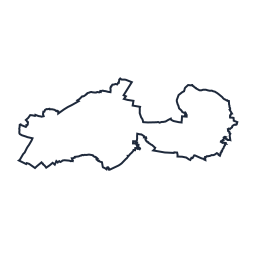 Salatig, Salaj, Romania (Natural Earth projection), rotated 6°
{"feature_id": "2599482B1311445959804", "entity_name": "Salatig", "entity_type": "district", "adm_level": 2, "iso_a3": "ROU", "parent_name": "Romania", "parent_adm1": "Salaj", "projection": "natural_earth1", "projection_center": [23.157, 47.358], "detail": "fine", "context": "isolated", "style": "outline", "palette": "slate", "viewbox_px": 256, "rotation_deg": 6, "n_neighbors": 0, "source": "geoboundaries", "source_scale": "gbopen_adm2", "svg_char_len": 5865}
<svg xmlns="http://www.w3.org/2000/svg" viewBox="0 0 256 256"><g transform="rotate(6 128 128)"><path d="M33.4,174.0L39.7,177.5L41.4,175.5L45.6,171.2L46.7,172.4L47.0,172.4L47.0,172.7L47.4,173.1L48.8,173.9L50.2,175.3L50.8,176.0L54.0,173.3L56.7,170.5L59.0,172.1L60.2,168.4L61.7,169.6L62.1,168.9L63.1,168.2L63.5,168.6L64.2,168.9L65.3,168.2L66.3,167.2L68.1,166.7L72.6,166.6L73.8,166.7L74.4,167.0L76.1,166.6L76.5,166.7L76.6,166.2L76.2,165.9L75.3,164.0L76.7,163.8L77.4,163.3L78.1,163.1L78.1,162.3L81.9,161.4L83.7,160.4L84.6,160.2L84.7,159.9L85.4,159.6L86.7,159.7L87.4,159.3L89.7,159.1L92.0,158.5L95.2,158.7L96.2,159.0L96.3,159.4L97.8,160.2L98.6,160.1L100.0,160.9L101.1,161.8L100.7,162.2L99.9,162.3L100.0,162.6L101.7,163.6L102.2,163.6L102.1,163.9L103.0,164.2L105.7,164.8L107.0,169.4L107.4,169.8L109.0,170.2L110.9,171.3L111.4,169.4L111.9,169.2L112.1,169.7L112.7,169.5L113.5,170.5L113.0,170.6L113.2,171.4L114.1,171.4L122.5,166.3L124.0,165.1L125.4,163.8L129.3,158.8L129.9,158.3L131.2,156.1L130.9,155.7L131.6,155.6L133.1,153.4L134.1,152.4L135.7,150.1L135.8,149.3L137.2,149.3L137.1,148.8L137.3,148.7L137.4,147.7L137.3,147.2L138.1,147.0L139.6,147.8L140.8,147.6L141.7,147.9L142.2,147.3L142.1,147.0L141.5,146.5L141.2,146.5L140.8,146.8L140.9,147.2L139.5,146.3L139.7,146.1L140.2,146.0L140.2,145.4L139.2,145.6L139.2,145.1L140.2,145.0L140.2,143.7L139.5,143.8L139.5,144.7L139.2,144.9L139.4,143.5L138.9,143.5L138.4,143.8L138.4,144.1L137.7,143.0L138.3,142.7L138.5,141.9L137.0,142.2L136.6,142.7L134.6,142.8L134.5,140.6L137.4,140.4L137.8,139.9L138.1,139.8L138.1,138.6L138.2,137.6L137.9,135.3L137.8,132.7L140.9,133.1L141.5,132.9L142.2,133.1L144.9,134.5L144.9,135.3L145.1,135.4L145.0,135.7L145.8,135.7L146.8,135.3L147.0,135.7L146.8,135.8L147.2,136.5L146.5,137.4L147.0,138.4L148.0,139.4L148.2,139.6L148.6,139.5L149.7,140.1L149.7,140.5L149.9,140.7L151.4,141.3L152.2,141.9L153.7,142.4L156.2,144.2L156.7,144.9L157.0,144.9L156.6,146.4L155.5,147.7L167.1,148.5L176.2,148.0L176.5,147.4L179.4,147.3L180.1,149.4L180.2,151.2L184.9,150.9L189.0,151.3L191.8,152.8L193.3,153.3L194.2,151.0L195.3,151.2L196.7,148.3L197.5,148.3L203.3,150.2L205.2,150.7L207.1,150.5L207.1,151.4L208.3,151.8L207.7,148.8L208.9,148.5L209.2,148.2L209.2,147.9L209.3,147.8L211.1,147.6L211.6,147.3L212.2,147.3L214.0,146.2L215.6,146.1L216.9,145.5L219.0,143.7L220.2,144.3L220.9,145.3L222.3,146.0L222.8,144.0L222.8,143.7L222.6,143.6L222.7,142.9L222.9,142.5L223.4,142.4L223.9,141.2L223.6,140.9L224.2,140.0L224.4,139.0L225.1,138.1L225.3,136.8L225.8,135.8L225.9,135.4L226.2,135.1L226.0,134.5L226.2,133.8L226.6,133.4L227.0,133.4L226.8,133.2L226.8,132.7L225.2,132.6L223.8,132.9L223.6,132.5L222.9,132.5L222.8,132.0L221.8,132.0L221.8,131.6L222.0,131.3L223.0,131.2L223.3,130.7L223.5,130.6L223.2,130.5L223.3,130.1L224.2,129.3L224.5,128.4L224.5,127.8L224.2,127.4L225.0,126.7L225.4,126.6L226.2,126.8L225.7,127.3L225.9,127.9L226.5,128.1L226.2,128.1L226.5,128.6L228.0,128.9L228.2,129.5L228.9,129.5L230.6,129.2L231.0,129.3L229.9,125.0L230.1,123.5L230.4,123.0L230.0,122.5L229.3,122.3L229.1,120.9L228.0,120.7L227.7,119.8L227.5,118.8L227.9,118.8L228.4,118.0L229.6,118.3L229.9,117.8L231.4,116.5L231.4,115.7L231.7,115.0L232.9,114.0L234.3,113.3L234.9,113.6L235.7,113.1L236.1,110.7L232.4,109.7L232.2,108.2L231.9,106.9L230.0,106.8L228.5,107.0L228.3,106.6L228.3,105.9L228.2,105.1L228.3,104.5L228.9,104.1L228.9,103.5L229.0,103.1L229.9,102.8L227.1,99.1L227.6,98.7L227.5,97.7L227.3,97.3L226.8,96.7L226.6,95.8L226.6,95.3L226.1,94.2L225.5,90.6L224.9,90.6L224.8,90.8L224.2,90.6L224.3,90.5L224.0,90.2L223.8,90.4L223.1,90.2L221.7,89.5L220.9,89.4L219.4,88.4L218.6,87.5L214.5,84.8L212.6,83.7L211.6,83.3L210.7,82.8L208.6,82.5L207.5,82.1L205.4,82.4L203.4,82.2L201.4,81.8L198.7,82.1L196.9,82.9L195.1,83.0L191.3,81.4L191.3,81.1L189.7,80.4L188.8,79.6L188.2,79.5L187.4,78.5L187.1,78.5L186.5,79.0L183.3,79.0L180.7,81.9L180.3,82.9L180.2,84.3L180.0,84.8L179.9,85.6L178.2,86.7L174.9,89.9L173.6,95.0L173.7,96.1L174.0,97.0L175.0,99.4L175.7,100.4L176.8,103.2L178.9,104.7L179.8,105.6L180.2,106.3L181.9,107.0L183.3,106.5L184.2,107.6L184.1,108.3L183.7,108.3L183.8,108.8L183.4,108.8L183.4,109.1L185.0,109.1L185.1,110.6L180.5,110.7L180.7,114.8L180.6,116.0L180.7,116.9L178.0,116.9L172.5,116.3L170.2,115.4L169.9,115.1L169.6,114.2L167.1,115.8L164.7,117.6L162.3,118.3L160.7,118.5L158.9,119.4L157.3,118.9L155.9,119.3L147.2,120.4L142.5,120.6L142.3,120.4L142.2,119.6L141.5,117.9L139.9,115.9L138.1,112.0L137.9,109.5L137.6,107.0L137.8,105.7L130.3,105.2L130.6,100.4L124.5,100.1L120.9,99.5L122.6,96.7L120.2,95.9L127.0,82.0L120.9,80.3L119.7,80.2L116.5,80.5L115.1,79.6L114.2,80.8L114.3,81.4L114.1,84.0L113.5,84.0L113.4,84.4L112.7,85.8L111.1,85.5L109.3,86.3L108.0,86.5L107.6,87.1L107.2,88.3L106.7,88.5L106.8,89.0L106.4,89.5L106.3,90.2L106.4,90.4L106.8,92.5L106.8,94.2L104.3,94.1L101.9,93.7L99.9,93.7L99.4,93.5L98.9,93.5L98.0,93.9L96.8,94.0L97.0,94.6L97.3,94.8L97.2,95.1L96.3,94.9L95.6,95.6L94.0,95.4L93.4,95.5L93.0,95.9L91.6,96.2L88.9,96.2L87.9,96.0L86.6,96.3L86.1,96.7L84.1,97.5L83.5,98.1L83.5,98.5L82.7,99.0L82.6,99.4L81.5,100.3L81.1,100.7L79.9,101.3L79.1,101.3L76.7,104.3L74.8,105.8L76.1,106.5L69.5,111.2L66.0,113.4L62.4,116.2L57.1,120.9L56.9,118.7L55.8,118.3L55.6,118.8L54.8,118.7L54.6,118.4L54.4,118.4L53.2,117.6L50.5,117.3L48.2,117.6L47.9,117.1L46.0,117.7L45.0,117.7L43.6,118.7L43.1,120.5L42.1,120.6L42.0,123.1L42.9,125.1L40.8,125.8L40.0,125.6L37.8,125.5L34.5,124.6L34.4,125.6L34.1,125.7L31.9,125.4L29.4,125.4L27.7,128.4L25.6,130.7L26.5,131.4L27.0,132.2L27.6,132.3L27.9,132.7L27.9,135.2L27.5,135.6L26.7,135.7L26.9,136.5L26.4,137.0L26.5,137.3L26.3,137.6L21.7,136.3L20.8,136.0L20.7,135.7L20.0,136.1L20.1,138.9L19.9,139.9L20.0,140.5L20.3,141.1L20.3,143.0L20.5,144.5L21.0,145.3L23.2,146.3L27.5,147.2L28.9,147.6L34.1,148.2L33.4,150.5L31.2,155.4L30.4,156.7L29.5,158.6L27.8,163.2L26.5,164.8L23.7,171.0L22.9,171.7L30.5,174.5L31.0,173.5L33.4,174.0Z" fill="none" stroke="#1e293b" stroke-width="2"/></g></svg>